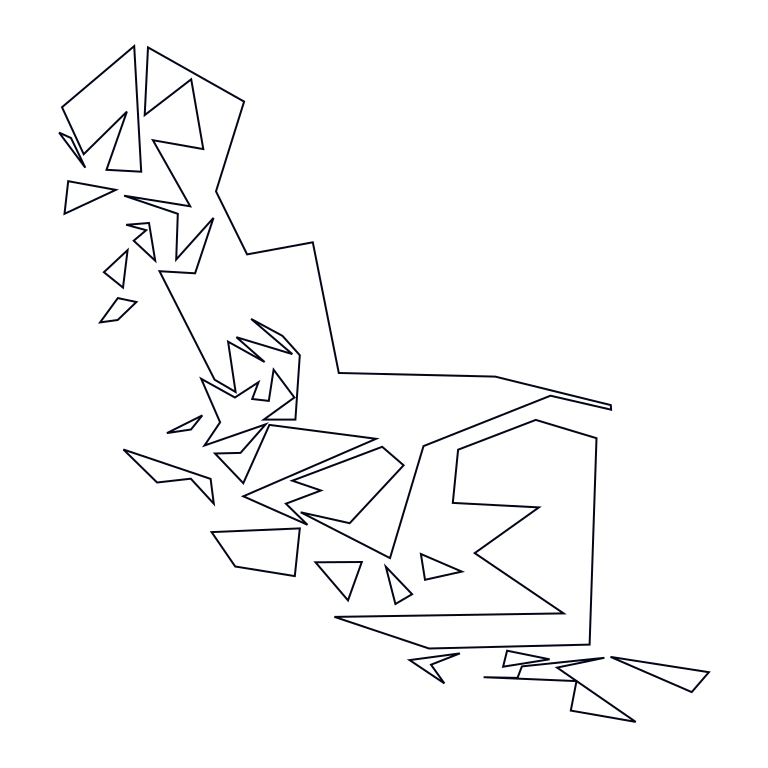 map outline of Magallanes y Antártica Chilena (Equal Earth projection)
{"feature_id": "CHL-2692", "entity_name": "Magallanes y Antártica Chilena", "entity_type": "Region", "adm_level": 1, "iso_a3": "CHL", "parent_name": "Chile", "parent_adm1": "", "projection": "equal_earth", "projection_center": [-72.604, -52.278], "detail": "medium", "context": "isolated", "style": "outline", "palette": "ink", "viewbox_px": 768, "rotation_deg": 0, "n_neighbors": 0, "source": "natural_earth", "source_scale": "10m", "svg_char_len": 1920}
<svg xmlns="http://www.w3.org/2000/svg" viewBox="0 0 768 768"><path d="M244.1,101.6L216.0,191.4L247.1,254.4L312.8,242.3L338.8,373.0L495.2,376.6L610.8,405.1L611.1,409.7L550.5,395.7L423.5,446.1L390.0,558.1L300.7,512.3L349.7,523.2L403.6,465.3L382.2,446.8L292.3,480.7L320.9,490.5L285.9,503.7L307.5,524.8L243.3,496.3L376.1,438.8L269.4,424.9L243.3,483.2L215.0,453.5L240.5,452.9L265.7,424.3L204.5,445.5L220.1,422.3L201.2,378.8L234.9,397.5L258.5,382.2L252.2,399.0L268.8,400.9L273.6,369.7L294.4,397.5L263.8,419.6L295.4,419.6L299.8,355.2L282.5,335.9L251.1,318.9L292.3,354.1L236.4,337.2L264.6,362.0L228.1,341.7L235.6,392.0L214.6,379.7L159.5,271.2L195.1,273.3L213.5,217.9L176.2,259.5L177.8,213.8L124.1,195.7L190.2,206.3L152.9,140.2L203.3,149.1L191.2,79.3L144.7,115.1L148.0,47.4L244.1,101.6ZM589.6,644.6L429.0,648.5L334.4,616.9L563.6,613.4L474.7,553.1L538.9,507.4L452.8,502.9L458.1,449.7L535.8,419.9L596.5,438.2L589.6,644.6ZM83.7,154.2L62.0,107.2L134.2,46.1L141.2,171.7L106.5,169.8L126.9,111.6L83.7,154.2ZM635.7,721.9L570.8,710.6L576.5,681.1L483.6,677.2L517.5,677.9L521.9,666.4L604.4,657.8L557.1,667.6L635.7,721.9ZM294.8,576.1L235.2,566.5L211.6,532.1L299.8,528.4L294.8,576.1ZM691.7,692.1L610.5,656.9L708.9,672.2L691.7,692.1ZM420.9,554.0L461.8,571.6L425.0,579.8L420.9,554.0ZM210.6,478.9L213.8,503.7L190.8,478.7L157.1,482.5L123.4,449.5L210.6,478.9ZM395.4,604.0L385.8,566.7L412.1,594.2L395.4,604.0ZM348.0,600.4L315.5,562.3L361.8,562.0L348.0,600.4ZM115.8,189.9L64.5,213.8L68.2,181.2L115.8,189.9ZM127.6,250.1L123.0,287.6L103.9,272.2L127.6,250.1ZM202.3,415.4L191.0,429.5L166.9,433.1L202.3,415.4ZM431.0,664.7L444.4,683.4L409.6,660.1L459.9,653.4L431.0,664.7ZM155.2,260.7L133.7,240.7L146.2,230.2L126.2,224.8L149.0,223.0L155.2,260.7ZM503.1,666.7L507.1,650.7L549.6,659.3L503.1,666.7ZM85.3,167.7L59.1,132.6L71.0,138.0L85.3,167.7ZM136.4,302.0L117.7,320.0L100.1,322.4L117.8,298.1L136.4,302.0Z" fill="none" stroke="#020617" stroke-width="2"/></svg>